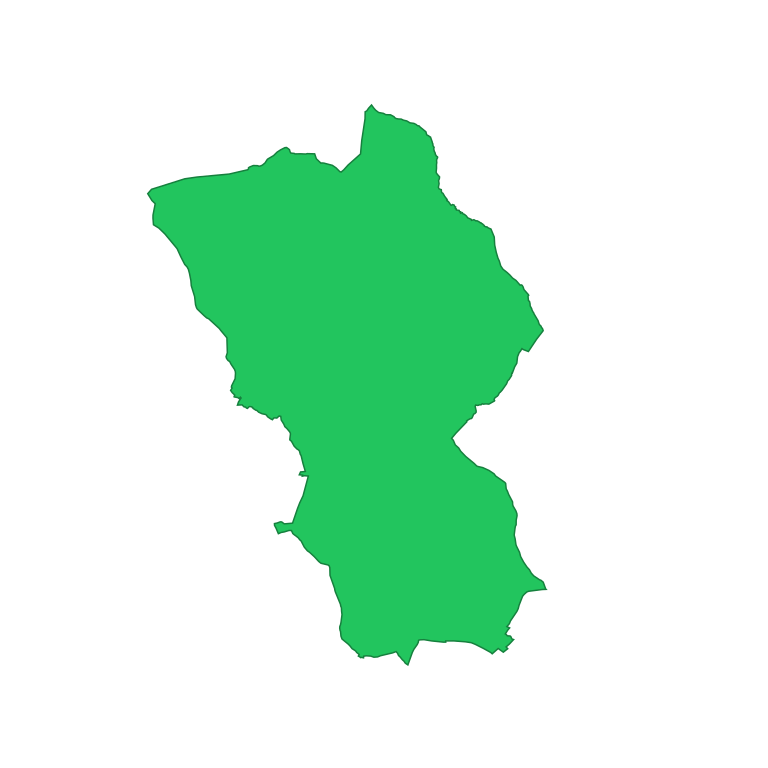 outline of Sacelu, Gorj, Romania, rotated 147°
{"feature_id": "2599482B5536240936017", "entity_name": "Sacelu", "entity_type": "district", "adm_level": 2, "iso_a3": "ROU", "parent_name": "Romania", "parent_adm1": "Gorj", "projection": "mercator", "projection_center": [23.537, 45.1], "detail": "fine", "context": "isolated", "style": "filled", "palette": "green", "viewbox_px": 768, "rotation_deg": 147, "n_neighbors": 0, "source": "geoboundaries", "source_scale": "gbopen_adm2", "svg_char_len": 6153}
<svg xmlns="http://www.w3.org/2000/svg" viewBox="0 0 768 768"><g transform="rotate(147 384 384)"><path d="M478.5,672.3L478.7,664.3L477.7,659.8L485.7,651.5L487.5,648.8L490.6,643.1L487.9,637.4L486.0,629.0L483.8,610.2L485.1,601.5L486.0,592.8L485.4,589.5L485.6,586.8L486.8,583.0L489.6,576.0L492.1,571.4L495.2,560.5L498.9,553.1L499.7,550.1L499.8,548.5L497.7,539.5L496.7,536.0L495.5,534.2L491.9,520.3L491.7,517.5L490.6,508.3L498.4,495.5L501.6,492.9L502.1,491.2L502.0,488.7L501.2,486.8L501.5,483.9L501.4,477.8L501.8,475.7L502.7,473.9L506.0,469.5L512.7,465.5L513.7,464.5L513.6,463.3L516.1,462.2L516.0,459.4L515.2,456.0L516.5,455.2L516.7,454.8L514.0,452.2L513.5,450.8L511.6,451.2L511.5,450.1L515.8,448.2L518.4,446.1L514.4,443.8L513.8,441.0L512.6,440.0L512.5,438.8L511.8,437.9L509.8,438.4L509.0,438.3L507.3,436.9L507.3,435.9L506.9,435.5L507.1,434.8L505.8,431.9L505.0,431.0L504.5,428.7L502.5,425.5L499.9,422.9L499.5,421.8L499.5,420.0L498.0,416.4L497.0,414.8L495.0,415.5L493.9,415.0L492.4,413.8L489.4,414.3L488.2,413.1L489.8,409.8L489.9,404.8L490.4,402.2L489.7,399.7L489.2,395.5L489.2,394.2L489.7,393.0L493.2,388.8L493.4,388.2L492.8,386.5L493.2,380.7L492.4,376.9L491.6,375.3L491.4,374.0L492.5,370.6L492.5,369.1L495.3,361.2L497.6,353.5L501.9,355.7L504.5,354.0L501.9,351.9L502.7,351.2L500.5,350.3L497.6,348.0L512.8,334.3L519.3,330.3L524.3,326.7L536.5,317.1L543.8,321.0L544.9,324.0L546.1,324.9L549.3,325.6L551.9,326.6L552.8,325.1L553.1,321.7L554.1,316.0L551.1,315.5L548.3,314.3L543.4,312.9L541.4,311.5L541.9,308.4L541.7,307.4L539.7,301.9L539.5,299.2L539.0,297.5L539.7,290.6L539.1,285.8L538.1,283.4L536.5,277.2L535.4,270.7L534.5,268.0L529.5,262.7L529.0,261.5L529.5,259.4L533.5,252.9L536.8,239.3L537.4,238.1L538.0,236.2L540.5,223.0L541.2,221.4L541.6,219.5L543.4,216.4L544.8,213.5L549.9,207.5L551.7,205.7L553.0,204.8L554.1,203.4L555.0,201.4L555.3,200.0L557.4,196.0L558.1,193.0L555.7,185.4L555.2,183.0L554.9,179.4L553.4,176.1L553.1,174.9L553.2,173.9L552.1,170.7L553.7,169.8L552.9,168.3L552.7,167.3L551.8,167.0L550.3,165.5L549.3,166.8L546.9,165.7L543.3,163.0L541.3,160.4L538.0,158.6L534.9,158.0L523.2,153.8L519.6,153.0L519.3,150.8L519.7,148.3L519.2,146.6L518.8,142.8L518.2,140.6L518.2,138.3L517.0,135.4L506.5,143.4L503.5,145.2L498.0,147.4L495.9,148.7L494.6,150.2L493.3,149.9L489.7,147.8L484.0,142.6L474.7,135.1L472.8,133.9L472.2,134.9L465.5,130.6L456.2,123.5L451.7,119.5L449.2,115.9L444.7,108.2L440.7,100.7L440.2,98.8L432.3,100.0L430.0,94.1L424.4,94.6L424.8,97.0L420.5,97.6L414.5,99.1L415.6,100.5L415.2,103.2L415.5,104.0L417.7,105.6L417.9,107.3L418.4,108.3L414.0,110.3L411.5,111.0L413.1,113.6L409.4,114.7L407.0,116.4L396.4,120.9L393.8,122.5L391.2,124.9L383.4,130.5L381.2,131.2L377.6,131.8L375.6,131.4L363.3,125.5L359.9,123.5L360.0,124.2L358.4,131.1L359.3,134.0L360.2,135.1L362.9,141.5L363.5,145.3L363.2,149.0L363.8,152.7L363.9,158.6L363.4,164.8L362.0,169.1L361.2,175.8L360.8,177.5L358.4,182.6L357.1,186.4L352.3,192.1L351.2,193.2L349.9,193.9L347.3,197.8L344.2,201.0L343.2,202.8L342.5,205.7L342.2,211.3L341.7,212.9L340.4,215.1L340.3,215.8L339.6,223.5L338.9,226.7L338.6,229.6L336.1,234.4L336.3,235.8L340.5,246.1L340.6,248.7L343.0,254.3L346.7,260.1L350.0,263.5L350.9,264.7L351.6,268.1L354.9,278.6L356.3,285.8L356.2,289.7L357.4,294.1L356.5,299.1L356.9,301.6L350.4,303.6L335.1,307.2L334.8,308.1L330.7,308.0L329.9,307.5L328.6,307.6L325.2,309.9L323.9,309.7L322.2,310.1L321.4,311.2L319.7,315.7L318.5,316.4L317.4,315.2L316.3,314.7L315.6,314.7L313.9,313.7L312.3,313.9L311.7,313.0L309.3,311.8L307.0,310.0L300.6,309.6L300.2,309.9L300.2,310.9L300.0,311.2L298.5,312.0L295.5,312.1L294.2,312.5L292.0,313.8L291.0,313.8L288.3,314.5L281.1,317.4L278.5,319.3L276.5,319.7L272.4,321.6L271.3,323.1L270.3,323.7L270.2,323.4L265.1,327.2L261.3,329.1L257.1,334.2L253.5,336.7L252.0,337.1L249.0,338.5L248.5,337.1L245.2,332.6L231.5,338.5L221.5,342.0L221.0,343.6L220.9,344.5L221.1,345.7L220.8,347.1L221.2,348.6L221.2,350.0L220.3,353.2L220.0,360.9L219.7,362.4L219.8,363.5L219.5,365.7L219.1,366.9L218.9,369.8L217.8,371.8L217.0,374.0L217.4,375.3L215.4,379.2L214.3,379.6L214.3,380.8L215.2,387.0L214.5,389.5L214.4,391.3L214.6,392.0L215.1,392.5L216.0,392.7L216.9,399.0L218.5,402.9L219.1,406.9L220.0,410.4L221.7,415.4L221.8,419.4L220.3,424.4L219.9,427.4L218.1,433.4L215.5,440.2L211.5,447.2L209.9,455.7L211.6,458.2L212.1,459.8L212.7,460.0L213.9,461.7L213.6,462.4L214.1,463.8L214.1,464.4L214.8,465.7L214.8,466.2L215.0,466.6L215.4,466.7L216.0,468.4L217.0,470.1L218.1,470.8L219.1,472.8L221.5,473.6L221.2,474.6L223.3,477.8L223.4,480.1L224.2,482.6L225.0,483.4L225.0,485.0L226.7,485.5L225.9,486.7L226.8,487.3L226.4,488.6L228.5,490.5L228.5,490.9L228.0,491.5L228.5,492.3L228.5,492.7L227.5,493.4L228.0,494.4L227.7,495.8L228.8,497.2L230.3,497.2L230.5,497.5L230.6,501.3L230.7,502.1L231.4,503.4L231.2,504.2L230.7,504.1L230.6,504.5L230.9,508.4L230.7,511.8L231.2,512.8L231.2,513.7L230.1,515.8L231.4,517.4L231.5,518.0L231.3,519.3L228.7,522.0L227.5,524.8L225.7,526.1L224.6,527.4L225.1,531.0L225.1,532.8L224.8,533.4L222.4,536.4L220.6,539.3L219.2,540.9L218.2,542.8L217.0,544.0L215.8,544.6L215.4,545.4L216.0,546.8L215.8,547.5L215.9,548.1L215.7,549.1L215.4,549.5L215.1,550.8L215.2,551.5L214.2,554.1L213.1,555.2L213.1,557.2L212.8,558.0L212.3,558.5L212.1,559.9L211.8,560.5L210.5,565.8L211.2,566.8L211.3,567.7L212.4,569.5L212.3,570.3L211.5,572.7L213.8,579.9L214.0,581.3L215.2,582.4L215.8,584.3L217.0,586.3L220.0,588.9L221.6,592.2L224.0,594.7L225.3,596.8L227.8,598.6L229.4,600.2L230.0,601.7L230.0,602.7L231.9,606.2L235.8,608.9L237.1,611.3L240.6,614.6L241.9,618.2L242.3,621.0L242.5,624.8L246.7,623.7L249.8,622.4L251.5,622.6L255.5,616.7L270.0,600.4L278.4,589.7L294.9,587.2L301.2,585.5L304.5,585.1L305.4,586.2L306.5,591.4L308.2,595.5L314.1,602.0L315.8,603.3L316.6,603.5L318.1,609.7L316.8,614.8L322.9,619.0L324.4,619.5L328.6,622.5L332.8,625.1L333.4,625.5L333.7,626.3L336.3,628.3L336.3,630.2L335.7,631.8L335.9,632.8L336.9,635.4L338.4,636.2L343.1,636.7L347.3,636.7L352.2,635.7L358.7,636.0L359.6,635.9L363.4,634.2L366.9,633.8L369.1,634.2L370.5,634.9L370.9,635.8L374.6,638.4L378.7,639.2L379.9,639.1L380.5,638.2L381.6,637.9L399.5,644.4L428.1,659.4L439.3,664.6L472.9,673.9L478.5,672.3Z" fill="#22c55e" stroke="#15803d" stroke-width="1.5"/></g></svg>